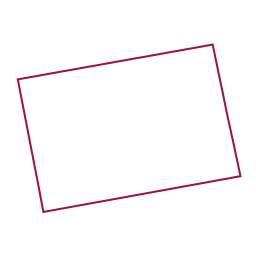 the district of Barton, Missouri, United States of America, rotated 168°
{"feature_id": "52423323B74100331432363", "entity_name": "Barton", "entity_type": "district", "adm_level": 2, "iso_a3": "USA", "parent_name": "United States of America", "parent_adm1": "Missouri", "projection": "albers", "projection_center": [-94.543, 37.501], "detail": "fine", "context": "isolated", "style": "outline", "palette": "rose", "viewbox_px": 256, "rotation_deg": 168, "n_neighbors": 0, "source": "geoboundaries", "source_scale": "gbopen_adm2", "svg_char_len": 469}
<svg xmlns="http://www.w3.org/2000/svg" viewBox="0 0 256 256"><g transform="rotate(168 128 128)"><path d="M227.6,90.5L228.2,63.5L28.0,57.5L28.0,65.1L28.0,77.5L28.0,78.0L28.0,95.5L28.1,97.7L28.1,102.2L28.1,104.0L28.2,115.9L28.2,118.9L28.1,136.4L28.0,143.0L28.0,145.0L28.0,147.2L28.0,147.3L28.0,149.9L28.0,156.8L28.0,163.5L27.9,170.3L27.9,177.0L27.8,190.4L27.8,190.5L27.9,191.9L27.9,192.0L225.7,198.5L227.6,90.5Z" fill="none" stroke="#9f1239" stroke-width="2"/></g></svg>